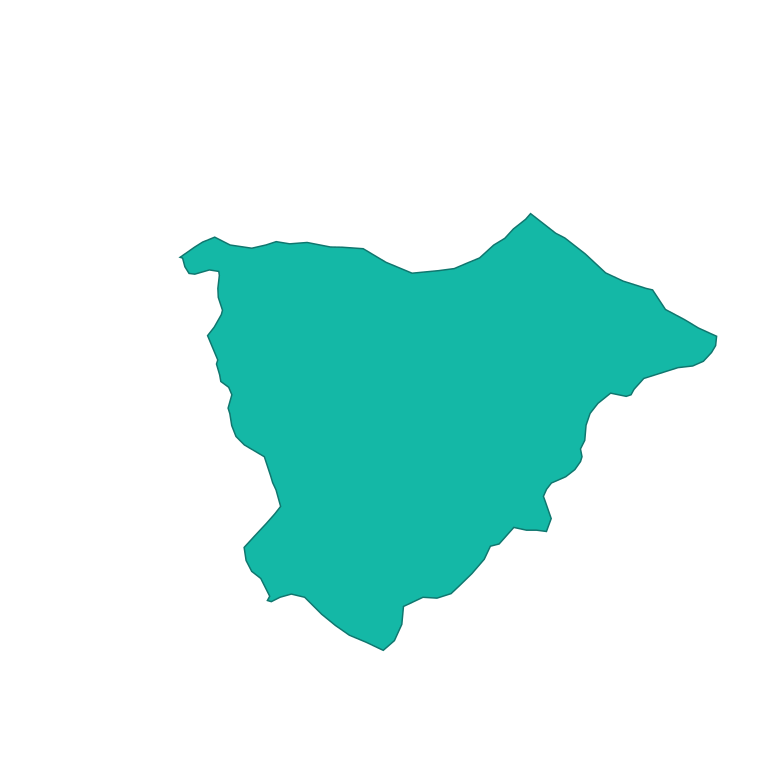 outline of Mazotos, Larnaca, Cyprus, rotated 218°
{"feature_id": "46923920B50893737642060", "entity_name": "Mazotos", "entity_type": "district", "adm_level": 2, "iso_a3": "CYP", "parent_name": "Cyprus", "parent_adm1": "Larnaca", "projection": "natural_earth1", "projection_center": [33.494, 34.799], "detail": "fine", "context": "isolated", "style": "filled", "palette": "teal", "viewbox_px": 768, "rotation_deg": 218, "n_neighbors": 0, "source": "geoboundaries", "source_scale": "gbopen_adm2", "svg_char_len": 1707}
<svg xmlns="http://www.w3.org/2000/svg" viewBox="0 0 768 768"><g transform="rotate(218 384 384)"><path d="M342.6,141.6L338.8,143.1L334.6,152.0L327.7,161.4L315.2,167.1L292.1,164.3L291.7,164.2L273.7,163.8L256.6,164.7L239.5,169.4L223.0,173.1L220.6,173.7L217.8,188.2L222.0,205.6L231.7,220.7L222.0,239.9L210.4,247.9L202.1,260.1L200.3,271.9L198.0,288.8L197.1,307.6L200.3,321.7L194.8,328.8L193.4,350.9L181.8,356.5L174.0,362.6L165.2,367.8L169.4,380.9L185.5,391.3L189.2,393.6L191.1,401.2L191.1,409.1L183.7,422.8L180.9,434.1L181.4,443.9L183.2,448.6L189.2,453.8L191.1,463.2L199.4,475.9L203.5,487.7L203.5,500.4L199.8,516.3L185.5,523.4L182.7,527.6L183.7,533.7L183.5,536.8L182.7,548.3L169.8,567.1L162.4,577.9L151.8,588.3L146.3,598.6L145.3,610.4L146.3,618.4L151.3,626.4L157.8,624.8L170.7,621.7L186.4,619.8L208.1,616.0L230.3,623.5L236.3,620.7L258.9,612.3L277.8,608.0L305.5,610.4L331.4,610.4L341.5,608.5L360.9,608.5L373.4,608.5L373.8,601.0L377.5,585.9L378.5,573.2L383.1,561.0L386.3,542.2L393.2,530.0L399.7,518.2L410.8,506.9L430.1,488.6L457.4,481.1L483.7,477.8L501.2,466.0L510.5,459.0L531.7,448.2L544.6,436.4L556.6,429.8L562.6,420.9L571.8,409.6L590.8,398.8L607.8,395.5L614.3,384.2L617.5,375.3L622.7,358.3L620.2,359.2L613.1,353.8L605.7,351.1L600.7,354.1L591.8,366.4L583.5,371.0L580.6,368.2L573.8,357.1L567.9,350.2L556.7,342.7L554.9,338.5L552.8,324.3L552.8,313.5L529.8,300.6L528.3,296.6L519.1,290.0L514.1,285.5L504.4,285.8L497.3,281.9L492.0,269.0L487.2,265.7L478.4,257.5L468.3,251.5L456.5,250.0L433.5,253.0L416.9,241.9L411.0,237.7L403.9,234.1L390.1,223.9L390.1,214.5L390.9,201.3L392.4,184.4L393.6,169.1L384.0,160.0L372.9,154.9L361.4,154.9L343.4,146.4L342.6,141.6Z" fill="#14b8a6" stroke="#0f766e" stroke-width="1.5"/></g></svg>